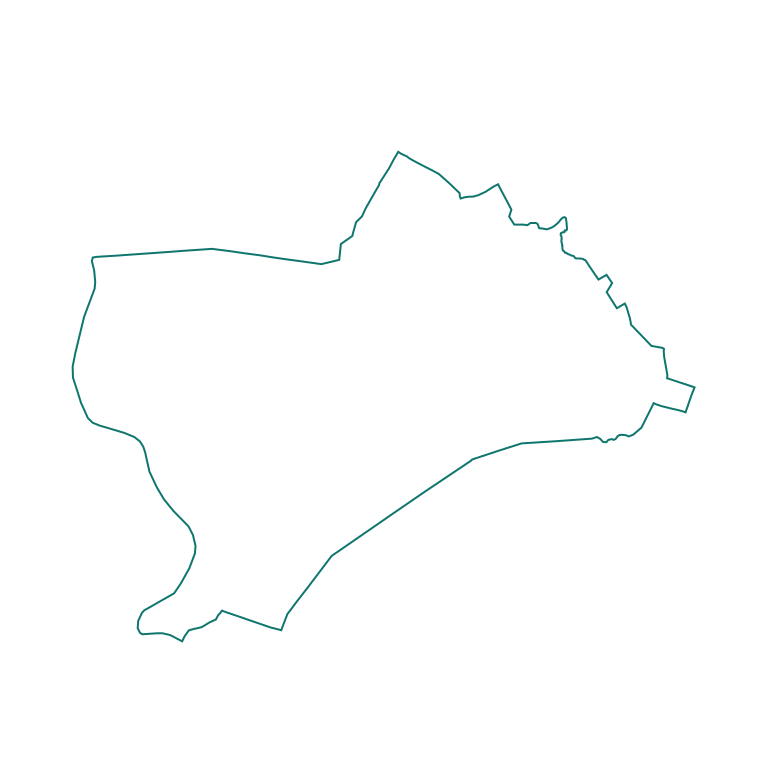 the district of Līgatne, Ligatnes, Latvia, rotated 261°
{"feature_id": "27541924B25651481219831", "entity_name": "Līgatne", "entity_type": "district", "adm_level": 2, "iso_a3": "LVA", "parent_name": "Latvia", "parent_adm1": "Ligatnes", "projection": "mercator", "projection_center": [25.043, 57.237], "detail": "fine", "context": "isolated", "style": "outline", "palette": "teal", "viewbox_px": 768, "rotation_deg": 261, "n_neighbors": 0, "source": "geoboundaries", "source_scale": "gbopen_adm2", "svg_char_len": 3877}
<svg xmlns="http://www.w3.org/2000/svg" viewBox="0 0 768 768"><g transform="rotate(261 384 384)"><path d="M161.4,144.4L165.6,147.3L167.6,149.1L171.3,152.8L171.9,158.8L171.9,160.5L172.4,166.0L175.8,174.3L177.7,181.1L181.6,184.0L182.5,185.3L183.2,186.2L185.5,188.5L184.3,190.5L173.5,210.9L161.6,233.2L156.9,244.0L158.0,244.6L171.9,252.6L175.5,256.4L183.0,264.1L196.6,278.6L197.7,279.7L215.0,297.7L222.4,305.4L239.3,340.7L241.5,345.3L253.3,369.8L255.5,374.4L271.6,408.2L294.8,458.3L295.3,458.5L295.6,459.5L295.9,460.6L298.0,473.5L300.1,486.3L303.8,510.6L300.6,544.8L297.5,580.9L298.1,584.9L298.4,585.9L297.3,587.4L296.0,588.9L294.8,589.8L292.6,591.2L291.8,593.8L292.2,595.2L293.3,596.3L293.8,597.4L293.9,600.5L292.9,602.1L293.3,603.8L294.3,605.1L296.0,606.7L296.7,608.4L296.7,610.5L295.8,614.1L295.1,615.9L294.0,617.2L294.1,618.5L295.1,622.5L300.7,631.5L322.9,647.4L321.3,649.7L318.6,654.9L316.5,660.0L316.0,661.1L314.4,664.9L312.3,670.3L309.9,675.6L308.8,677.4L311.3,678.7L325.5,686.3L332.1,690.2L345.0,665.3L345.4,664.5L348.0,665.2L354.4,665.2L362.1,665.0L364.7,665.0L365.1,665.0L367.6,665.0L372.3,665.4L375.1,666.0L375.6,665.4L376.2,664.4L379.8,654.1L403.9,637.3L410.1,637.2L422.0,635.6L425.8,634.4L422.4,625.9L423.7,625.3L425.0,624.7L432.4,621.5L439.9,618.3L443.9,621.7L448.0,625.1L452.5,623.0L457.0,620.9L455.3,616.5L453.6,612.2L456.3,610.9L459.0,609.6L468.4,605.2L471.6,603.8L474.8,602.3L475.2,601.2L475.9,600.8L476.5,599.9L476.7,599.1L477.2,597.4L478.1,593.0L478.4,592.6L478.9,592.4L480.4,591.5L480.9,591.1L481.1,590.6L481.3,589.9L481.5,589.2L482.3,588.2L482.5,587.9L483.0,587.3L483.2,586.6L483.8,585.7L484.9,584.7L485.1,583.7L485.7,583.1L486.7,582.9L487.3,582.1L488.0,581.6L489.6,581.4L492.7,581.8L493.3,581.5L494.0,581.8L495.2,581.7L495.9,581.5L496.3,581.5L498.1,581.7L498.9,581.9L499.5,582.3L500.2,582.1L501.5,582.4L502.3,582.3L502.9,581.9L503.6,581.8L504.1,582.0L505.1,582.2L505.5,582.7L505.4,583.3L505.9,583.9L505.9,584.5L505.7,585.1L505.8,585.5L506.0,586.1L506.7,586.2L507.2,586.4L507.5,586.9L507.2,587.4L507.2,588.0L508.1,588.9L509.2,589.1L512.1,589.3L512.8,589.3L514.2,589.5L519.1,589.6L519.6,589.5L520.4,588.6L520.6,587.8L520.3,586.7L519.6,585.3L518.4,583.9L517.2,582.6L516.2,581.4L514.8,579.3L513.5,577.0L512.5,574.8L512.0,572.8L511.4,569.9L511.3,569.1L511.5,568.5L511.7,567.9L513.0,564.2L513.2,563.6L513.2,562.5L513.6,561.8L514.2,561.3L515.4,561.3L517.0,561.0L517.9,560.8L518.8,560.0L519.3,558.9L520.1,553.8L519.2,552.1L518.5,550.5L518.7,549.1L519.2,548.1L519.9,545.1L520.5,540.9L521.0,538.1L521.1,537.6L522.2,537.1L529.8,533.8L536.3,537.1L560.9,528.7L563.4,527.9L561.9,523.3L557.8,513.9L555.7,506.5L555.3,502.6L555.1,501.6L555.7,497.4L555.8,492.6L555.8,492.4L555.2,488.7L557.3,488.3L560.7,488.5L566.9,483.8L570.8,480.9L577.9,475.1L582.8,471.1L587.7,464.7L594.7,455.0L598.1,450.5L598.5,449.9L599.0,449.3L602.3,445.1L603.3,443.9L604.5,442.9L605.3,442.1L606.8,439.8L608.9,436.7L611.1,434.4L604.6,429.0L596.1,422.6L592.6,419.5L592.0,418.9L582.9,410.8L581.2,410.2L575.1,405.2L568.9,400.2L565.5,397.5L562.0,394.7L560.7,393.7L559.4,392.7L556.2,390.6L553.0,388.5L549.0,382.9L548.1,381.7L539.2,377.6L535.1,375.8L530.3,366.0L529.0,363.3L513.6,359.2L512.2,340.8L517.9,322.2L523.5,303.5L526.6,293.6L530.4,282.0L534.9,266.8L538.5,255.3L544.4,235.2L547.2,203.5L547.8,195.6L552.7,139.1L554.2,123.7L554.5,119.8L554.5,116.2L551.3,114.7L541.2,115.5L529.7,114.7L523.4,113.1L505.2,102.8L504.0,102.1L497.0,98.2L463.2,84.1L449.9,79.2L439.0,77.8L427.0,79.7L412.8,81.8L396.7,86.2L391.4,90.1L387.6,96.3L376.3,119.9L370.7,129.1L365.4,134.0L359.7,136.4L353.9,137.4L334.2,138.6L317.1,143.6L304.4,148.7L297.5,152.7L291.5,156.2L273.9,168.7L264.6,171.7L253.4,172.5L246.1,170.7L232.3,162.8L219.0,152.3L210.1,144.0L198.0,111.9L195.8,109.1L188.5,104.2L181.3,102.5L176.2,104.2L174.6,106.2L173.3,120.8L172.5,126.1L169.5,133.5L161.4,144.4Z" fill="none" stroke="#0f766e" stroke-width="2"/></g></svg>